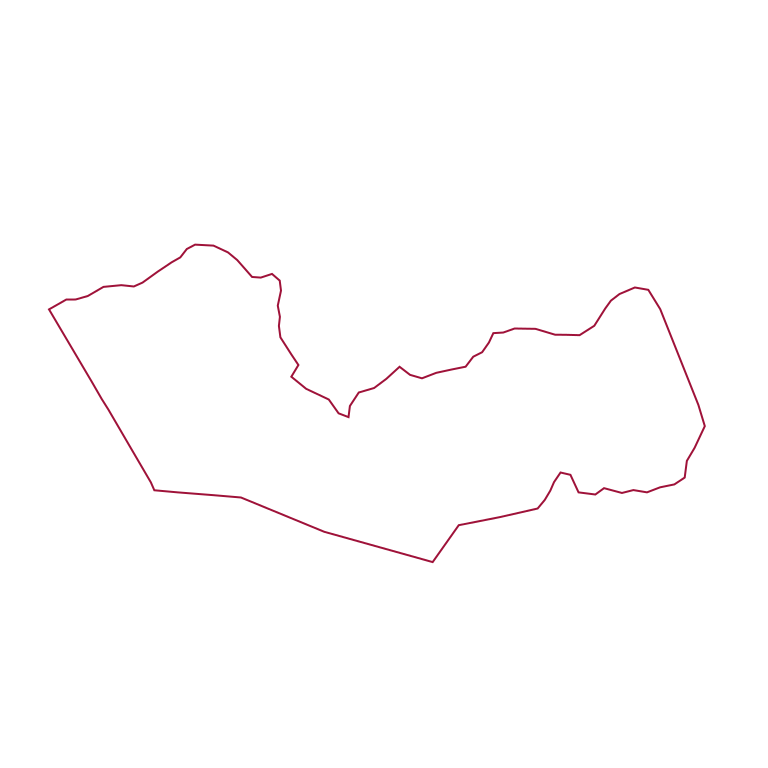 the district of Carpina, Pernambuco, Brazil, rotated 159°
{"feature_id": "56859067B99031054776373", "entity_name": "Carpina", "entity_type": "district", "adm_level": 2, "iso_a3": "BRA", "parent_name": "Brazil", "parent_adm1": "Pernambuco", "projection": "orthographic", "projection_center": [-35.313, -7.827], "detail": "fine", "context": "isolated", "style": "outline", "palette": "rose", "viewbox_px": 768, "rotation_deg": 159, "n_neighbors": 0, "source": "geoboundaries", "source_scale": "gbopen_adm2", "svg_char_len": 1278}
<svg xmlns="http://www.w3.org/2000/svg" viewBox="0 0 768 768"><g transform="rotate(159 384 384)"><path d="M99.6,229.7L98.0,251.8L99.3,354.9L103.5,377.2L115.2,384.2L131.9,383.6L142.3,380.5L150.4,375.2L166.8,363.0L183.9,359.5L196.7,364.8L206.6,368.7L222.8,381.2L242.2,389.0L254.2,389.3L263.7,392.3L271.2,385.1L281.0,378.5L290.9,377.5L301.6,370.9L315.7,373.3L331.2,375.7L346.5,375.7L356.4,383.2L363.3,394.5L379.9,388.0L394.7,383.8L410.6,385.1L423.7,375.7L429.0,365.8L436.9,372.9L441.1,389.3L458.4,407.4L467.9,424.0L457.1,432.4L459.9,444.8L464.0,464.7L461.3,475.9L457.1,484.0L455.1,495.2L446.7,508.1L444.3,517.9L449.1,526.9L460.9,527.5L468.8,531.2L476.6,552.3L482.5,562.8L493.6,574.3L510.4,581.8L519.7,580.7L528.8,575.2L538.7,573.7L554.9,570.0L573.1,565.2L582.6,564.7L593.8,570.4L611.1,575.2L629.0,572.3L641.6,573.4L650.3,576.7L670.0,573.7L667.3,557.7L656.0,490.7L652.9,471.1L650.5,459.0L643.1,413.5L636.9,375.7L636.5,367.1L615.3,356.7L583.0,341.3L558.2,329.3L492.7,267.4L402.4,200.3L364.8,225.4L323.5,218.2L285.2,212.7L275.4,218.2L267.0,224.8L260.4,231.5L250.9,238.1L242.5,232.4L241.2,213.1L226.3,205.1L215.9,207.9L200.9,197.0L189.2,195.6L177.3,188.6L163.3,188.6L148.9,186.2L136.8,188.9L128.8,203.7L116.9,213.1L99.6,229.7Z" fill="none" stroke="#9f1239" stroke-width="2"/></g></svg>